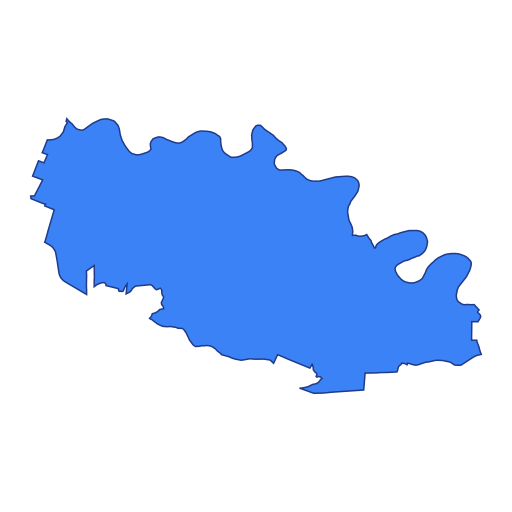 outline of Culciu, Satu Mare, Romania
{"feature_id": "2599482B46211160445455", "entity_name": "Culciu", "entity_type": "district", "adm_level": 2, "iso_a3": "ROU", "parent_name": "Romania", "parent_adm1": "Satu Mare", "projection": "equal_earth", "projection_center": [23.072, 47.736], "detail": "fine", "context": "isolated", "style": "filled", "palette": "blue", "viewbox_px": 512, "rotation_deg": 0, "n_neighbors": 0, "source": "geoboundaries", "source_scale": "gbopen_adm2", "svg_char_len": 6062}
<svg xmlns="http://www.w3.org/2000/svg" viewBox="0 0 512 512"><path d="M314.3,393.3L323.8,393.0L331.8,392.2L363.7,390.0L365.1,373.1L376.5,372.9L379.8,372.6L389.1,372.4L397.0,371.9L397.3,370.8L397.6,370.3L398.4,366.9L399.6,365.5L401.0,364.5L401.9,363.1L404.8,363.6L406.5,364.3L407.0,364.8L407.3,364.3L407.6,363.1L407.9,363.1L413.1,364.7L415.2,365.1L416.5,365.1L419.4,364.4L422.7,363.2L425.8,362.2L428.7,361.9L435.8,360.3L438.9,360.3L442.6,360.5L449.7,362.0L450.9,362.5L454.2,364.8L454.9,365.1L459.6,365.3L460.5,365.1L460.9,365.2L473.7,356.9L477.2,355.3L481.3,354.4L480.1,351.3L478.6,345.8L477.4,343.0L477.0,341.6L476.8,340.2L471.7,340.2L471.6,337.4L471.8,321.7L478.0,321.7L480.4,317.6L480.7,316.7L480.5,315.7L480.0,314.6L477.6,312.3L477.6,312.1L477.9,311.4L478.4,310.7L479.1,310.0L474.2,304.6L470.7,304.7L467.6,304.5L464.3,304.7L462.6,304.4L460.9,303.5L458.2,301.5L457.3,300.4L456.8,299.1L456.3,296.3L456.3,295.3L456.7,292.7L457.0,291.8L457.0,290.8L458.4,287.0L466.4,276.8L469.7,270.4L470.8,266.8L471.2,264.6L471.2,262.7L470.7,261.3L469.6,260.0L467.7,258.0L466.0,256.7L463.8,255.6L461.2,254.7L460.9,254.5L458.3,253.8L454.9,253.5L450.8,253.6L446.6,254.2L444.0,255.0L438.1,257.9L435.2,260.1L433.9,261.5L431.5,263.5L428.6,266.5L426.6,269.4L425.3,272.8L422.4,278.4L419.6,280.6L415.7,282.3L414.0,282.8L411.8,283.0L409.6,282.9L405.2,281.9L403.4,280.9L401.2,279.4L397.1,274.7L396.6,273.3L395.7,271.8L395.3,270.1L395.0,268.7L395.3,267.3L396.1,266.1L397.7,264.6L403.2,261.4L405.2,260.7L407.2,260.3L409.5,259.5L411.5,258.4L414.8,257.2L416.9,256.2L419.1,255.8L422.0,253.8L424.2,251.6L425.5,249.8L426.7,246.7L427.6,241.7L426.4,237.5L425.3,235.2L422.7,232.6L419.9,231.1L416.8,230.5L408.8,230.6L400.3,232.8L397.8,233.9L394.4,234.5L390.5,236.2L387.5,238.0L384.8,239.1L380.1,241.8L378.2,243.2L376.4,245.1L375.9,246.4L375.6,247.8L374.5,248.0L371.2,241.8L371.2,241.2L371.1,240.8L370.6,240.0L369.2,238.6L366.7,234.5L364.2,235.7L362.6,236.0L359.9,236.3L358.3,236.1L355.7,235.2L352.4,235.4L352.8,231.1L352.1,227.0L350.6,223.5L349.0,220.4L347.6,212.3L347.8,209.4L348.4,206.3L349.9,203.9L350.7,201.5L355.2,195.5L357.8,191.4L358.7,188.0L359.2,185.2L358.6,182.4L357.7,180.6L355.1,178.2L353.3,177.3L351.1,176.6L350.4,176.6L348.3,176.2L344.5,176.3L335.4,177.0L319.6,181.1L313.6,181.2L310.5,180.7L307.4,179.5L305.3,177.9L303.1,175.6L301.3,174.2L299.5,172.5L297.0,171.3L294.2,170.4L290.5,169.8L287.4,169.8L279.8,170.1L277.9,169.2L276.5,168.1L274.5,164.6L274.3,163.2L274.4,161.5L274.6,159.9L275.2,158.2L276.6,156.1L278.0,155.0L282.0,152.9L285.5,150.6L286.3,149.8L286.4,148.7L285.8,147.4L285.2,146.4L281.9,142.6L279.0,140.8L277.1,139.2L275.4,137.7L274.2,136.2L272.8,134.9L264.8,129.5L261.5,126.2L260.4,125.3L257.8,125.2L256.0,125.8L254.6,127.5L253.0,129.7L252.2,132.5L251.6,135.2L251.9,137.8L251.8,138.9L252.4,143.1L252.4,147.6L251.5,149.1L250.3,150.6L248.8,151.7L245.0,153.7L240.3,156.1L237.6,156.9L235.7,157.2L232.2,157.3L230.6,157.1L225.5,153.7L224.1,152.4L222.9,151.0L221.9,148.6L221.1,145.2L220.7,142.2L220.6,138.6L219.6,136.5L217.3,135.1L215.5,133.7L212.9,132.6L210.5,131.8L206.4,131.2L204.6,131.2L201.8,131.0L200.0,131.1L197.2,131.9L195.4,132.6L188.4,136.9L186.5,139.0L182.7,141.8L180.6,142.8L178.4,143.1L176.2,142.9L172.6,141.8L168.6,140.2L167.1,139.7L163.1,137.6L160.2,137.0L158.6,136.9L156.6,137.4L153.2,138.7L151.2,141.3L150.3,143.8L150.5,146.7L151.0,149.1L149.5,150.9L147.5,152.2L141.1,154.3L138.3,154.9L135.9,154.7L132.0,153.6L129.4,151.6L126.8,148.2L125.2,146.0L122.2,140.6L121.1,137.5L120.1,134.1L119.4,129.4L118.3,126.0L117.7,124.9L116.5,123.8L115.3,122.1L114.0,121.0L111.8,120.2L107.7,118.9L103.9,119.0L101.6,119.3L98.9,120.3L92.9,123.2L91.5,124.1L83.4,130.0L81.1,130.1L78.9,129.7L76.7,128.9L74.4,126.8L72.1,123.9L70.6,122.7L69.0,121.2L66.8,118.7L66.1,121.4L67.4,122.6L64.9,126.7L64.0,129.6L63.5,131.6L60.3,136.0L58.5,137.3L57.2,138.1L53.9,139.4L50.9,139.8L47.3,139.9L43.7,149.2L42.2,152.7L47.5,154.6L44.0,162.8L38.5,160.8L32.6,176.1L42.7,179.9L34.8,195.2L34.7,195.9L30.7,196.0L30.9,196.7L30.9,198.1L31.0,198.6L31.3,198.8L43.3,203.6L45.6,204.1L45.1,204.8L44.7,205.9L54.2,209.8L47.8,231.6L47.6,232.6L45.7,239.2L44.9,241.9L44.7,242.2L50.5,245.6L51.5,246.3L53.1,247.9L55.0,250.7L55.7,252.8L57.1,260.6L58.9,272.6L59.4,274.8L60.4,277.1L61.3,278.4L63.1,280.3L64.8,281.6L86.6,294.5L86.6,289.9L86.4,285.8L86.6,275.3L86.4,271.0L94.2,265.5L94.4,278.3L94.2,279.5L94.2,286.7L96.9,284.7L98.0,284.1L102.2,282.6L104.3,282.7L105.0,283.0L105.8,284.2L106.0,284.9L106.0,285.6L118.2,288.6L118.4,288.8L118.7,290.5L118.9,291.0L119.2,291.3L122.3,291.4L122.9,291.3L123.3,290.8L125.2,286.5L127.1,284.0L126.1,293.9L129.9,292.0L131.4,290.4L132.3,288.6L135.5,286.1L150.4,284.7L151.5,285.1L152.1,285.5L155.1,288.8L156.2,289.6L156.6,289.7L158.8,288.9L160.2,288.2L161.5,289.5L161.7,290.1L161.7,291.9L162.1,294.4L162.4,295.2L163.5,296.7L163.6,297.2L162.9,299.3L161.4,302.4L161.4,303.0L161.6,304.2L161.9,304.9L163.1,306.4L163.5,307.3L163.7,308.6L159.4,309.6L158.7,310.6L157.3,311.7L155.3,312.9L152.3,313.7L151.7,315.6L150.9,316.9L149.6,318.3L149.8,318.4L150.0,318.8L151.8,319.6L155.4,322.4L156.3,322.8L156.9,323.6L160.2,325.3L163.0,326.4L167.1,326.7L170.2,326.5L175.7,327.3L178.2,328.3L182.3,328.4L184.0,329.8L184.6,330.6L185.4,331.9L185.7,331.9L189.6,340.2L192.9,344.6L193.8,345.4L195.7,346.6L196.4,346.4L198.6,346.4L202.2,345.7L204.2,345.8L206.5,345.5L208.8,345.7L210.4,346.0L212.7,347.0L215.3,348.8L217.4,351.0L221.0,353.8L221.2,354.2L221.3,354.6L228.8,356.7L232.3,358.2L234.8,359.0L240.9,360.2L241.9,360.2L249.6,358.8L255.5,359.2L264.0,359.1L269.8,360.0L270.9,360.8L273.6,363.3L277.6,354.7L283.0,356.9L288.2,359.2L309.9,368.1L312.1,364.2L312.5,364.4L312.4,365.3L312.7,366.3L313.4,367.6L313.4,368.1L313.2,368.7L313.3,369.7L314.7,371.8L315.2,372.3L316.1,372.9L316.9,373.9L316.8,375.3L316.2,375.9L316.1,376.2L316.2,376.6L317.0,377.1L317.4,377.0L318.2,376.6L320.3,376.8L320.8,377.1L321.1,377.7L322.0,378.4L320.8,379.4L318.5,382.3L317.1,383.2L316.6,383.4L315.8,383.8L312.4,384.5L309.1,386.2L307.1,387.0L302.1,388.0L299.5,388.1L312.9,393.0L314.3,393.3Z" fill="#3b82f6" stroke="#1e3a8a" stroke-width="1.5"/></svg>